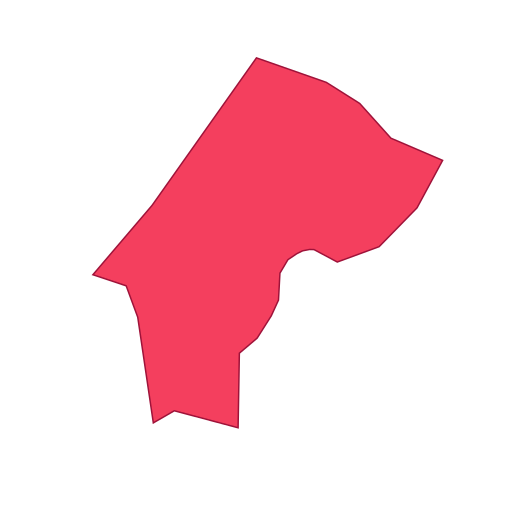 Šoštanj, Mercator projection, rotated 287°
{"feature_id": "SVN-995", "entity_name": "Šoštanj", "entity_type": "Municipality", "adm_level": 1, "iso_a3": "SVN", "parent_name": "Slovenia", "parent_adm1": "", "projection": "mercator", "projection_center": [14.991, 46.406], "detail": "fine", "context": "isolated", "style": "filled", "palette": "rose", "viewbox_px": 512, "rotation_deg": 287, "n_neighbors": 0, "source": "natural_earth", "source_scale": "10m", "svg_char_len": 480}
<svg xmlns="http://www.w3.org/2000/svg" viewBox="0 0 512 512"><g transform="rotate(287 256 256)"><path d="M190.4,105.5L274.0,141.8L445.6,198.5L442.6,272.5L432.2,310.6L408.1,350.6L402.0,406.5L349.1,395.9L300.9,371.0L274.0,335.5L279.1,309.6L277.9,305.3L274.6,299.1L270.1,294.3L261.8,287.6L246.6,283.9L220.4,290.4L203.2,288.1L177.8,281.1L158.2,268.5L86.5,289.1L84.1,223.1L66.4,206.6L162.9,160.8L189.5,140.6L190.4,105.5Z" fill="#f43f5e" stroke="#9f1239" stroke-width="1.5"/></g></svg>